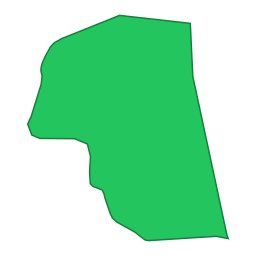 the border of Saint Elizabeth
{"feature_id": "JAM-1373", "entity_name": "Saint Elizabeth", "entity_type": "Parish", "adm_level": 1, "iso_a3": "JAM", "parent_name": "Jamaica", "parent_adm1": "", "projection": "natural_earth1", "projection_center": [-77.826, 18.044], "detail": "fine", "context": "isolated", "style": "filled", "palette": "green", "viewbox_px": 256, "rotation_deg": 0, "n_neighbors": 0, "source": "natural_earth", "source_scale": "10m", "svg_char_len": 551}
<svg xmlns="http://www.w3.org/2000/svg" viewBox="0 0 256 256"><path d="M228.3,238.6L216.4,236.3L148.4,240.6L145.0,239.9L134.5,231.9L116.9,222.1L112.5,218.2L110.3,213.7L105.1,198.5L104.0,193.8L102.1,190.0L93.1,186.4L90.3,183.8L89.6,171.4L90.5,156.5L87.4,144.0L74.6,138.7L39.8,138.4L31.8,135.0L27.7,124.1L31.2,116.5L41.1,84.5L42.2,75.7L41.7,74.3L41.0,71.2L40.9,69.5L41.1,67.8L41.9,64.1L45.1,56.6L50.6,46.7L52.9,44.2L54.6,42.6L62.1,38.4L119.5,15.4L190.3,23.4L192.8,76.4L227.1,235.9L228.3,238.6Z" fill="#22c55e" stroke="#15803d" stroke-width="1.5"/></svg>